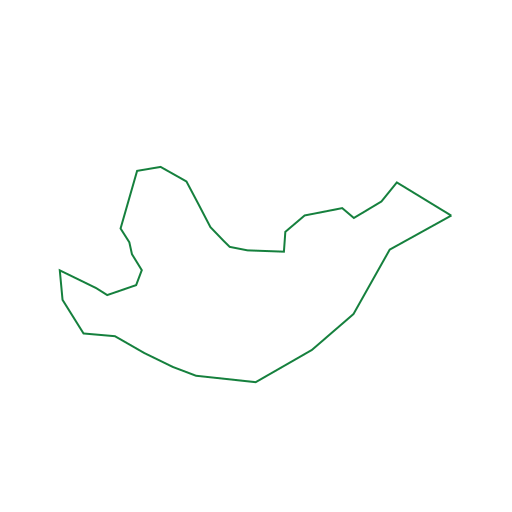 Yeonje-gu, Busan, South Korea, rotated 161°
{"feature_id": "91817680B90297389150949", "entity_name": "Yeonje-gu", "entity_type": "district", "adm_level": 2, "iso_a3": "KOR", "parent_name": "South Korea", "parent_adm1": "Busan", "projection": "albers", "projection_center": [129.072, 35.172], "detail": "fine", "context": "isolated", "style": "outline", "palette": "green", "viewbox_px": 512, "rotation_deg": 161, "n_neighbors": 0, "source": "geoboundaries", "source_scale": "gbopen_adm2", "svg_char_len": 617}
<svg xmlns="http://www.w3.org/2000/svg" viewBox="0 0 512 512"><g transform="rotate(161 256 256)"><path d="M59.2,230.5L59.3,230.7L58.8,231.3L98.9,279.7L119.7,266.7L151.1,260.1L158.9,273.2L196.8,278.5L220.4,269.3L228.2,251.0L262.2,264.1L277.9,273.2L281.8,281.1L289.7,298.1L293.6,324.2L297.5,349.1L312.4,365.9L317.2,371.3L340.7,375.2L375.1,326.1L371.3,310.2L372.7,298.1L368.6,279.8L378.8,267.5L409.4,267.5L417.6,277.7L446.2,306.3L453.2,277.5L444.3,238.9L415.5,226.1L393.2,200.6L370.8,178.2L351.7,162.3L297.4,136.8L233.7,149.0L182.7,169.4L127.5,218.5L59.2,230.5Z" fill="none" stroke="#15803d" stroke-width="2"/></g></svg>